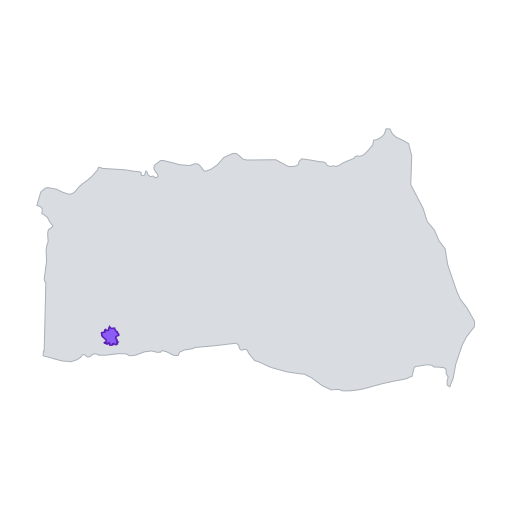 Wa Municipal, Upper West, Ghana (highlighted), rotated 272°
{"feature_id": "2480657B26357719954092", "entity_name": "Wa Municipal", "entity_type": "district", "adm_level": 2, "iso_a3": "GHA", "parent_name": "Ghana", "parent_adm1": "Upper West", "projection": "natural_earth1", "projection_center": [-2.475, 10.039], "detail": "fine", "context": "in_parent", "style": "filled", "palette": "violet", "viewbox_px": 512, "rotation_deg": 272, "n_neighbors": 0, "source": "geoboundaries", "source_scale": "gbopen_adm2", "svg_char_len": 5987}
<svg xmlns="http://www.w3.org/2000/svg" viewBox="0 0 512 512"><g transform="rotate(272 256 256)"><path d="M312.5,38.7L316.3,42.9L317.1,45.3L315.8,54.2L313.0,60.5L311.3,66.3L311.5,69.3L313.2,72.2L319.0,76.8L321.9,79.8L325.4,84.3L329.4,88.8L336.3,94.5L339.2,95.6L339.1,97.2L338.2,99.4L337.6,120.9L337.1,126.4L336.6,129.2L336.0,137.2L335.2,138.4L333.9,138.3L332.7,138.6L332.4,140.2L332.9,141.8L337.1,143.0L336.2,144.2L333.1,145.3L331.7,147.7L332.3,150.5L330.6,152.7L331.1,154.2L332.2,155.3L333.9,154.9L338.8,151.2L340.8,150.8L343.3,151.6L348.0,157.2L348.2,160.0L346.3,169.4L344.5,176.7L344.1,186.5L346.1,191.9L345.9,194.9L343.7,197.5L339.0,201.3L339.3,203.8L341.5,208.6L345.6,214.0L353.5,220.6L357.7,229.2L357.8,232.7L355.3,236.2L352.5,239.2L351.6,243.6L352.9,272.4L346.7,284.9L346.6,288.5L347.3,292.6L348.9,295.1L352.1,295.8L354.7,298.2L353.8,307.0L352.5,315.9L352.3,320.2L351.5,322.3L349.0,324.0L348.1,326.8L348.8,330.3L348.3,332.9L349.6,336.2L352.5,340.4L357.1,350.7L358.8,351.5L359.6,353.7L359.1,355.8L360.9,360.3L366.0,364.9L371.3,368.9L375.7,369.4L376.7,373.0L379.5,377.6L381.6,379.5L384.9,380.8L387.6,381.5L387.7,385.4L382.9,388.0L379.6,391.9L377.1,398.0L373.6,404.6L361.7,408.1L357.1,408.1L332.6,408.2L309.6,421.3L296.4,425.9L288.3,433.3L277.4,438.5L269.8,444.8L253.9,447.9L227.9,457.8L219.7,461.8L211.5,468.7L198.1,476.8L192.9,476.7L182.4,469.1L174.5,465.3L155.2,459.5L140.8,457.3L133.9,454.8L132.0,454.3L133.6,451.6L137.6,451.4L141.8,452.3L145.0,450.2L149.7,449.9L150.9,447.7L151.3,442.2L151.3,437.8L152.9,435.8L153.3,430.6L151.0,419.1L149.4,417.8L141.0,416.1L140.4,413.8L138.9,411.4L137.3,405.5L135.4,396.6L132.5,385.6L126.8,367.5L125.5,361.1L124.5,354.6L124.3,346.8L125.5,343.9L125.3,339.9L124.8,335.9L128.7,326.7L136.5,315.4L138.2,311.3L139.6,308.5L139.8,304.4L141.2,291.3L145.0,275.4L147.3,269.4L148.9,266.1L150.8,260.8L151.3,258.3L158.5,252.1L161.8,250.4L162.5,248.0L161.4,245.3L161.9,243.5L163.6,242.6L166.2,241.8L168.2,239.2L165.1,219.6L162.7,200.1L162.5,198.4L161.1,195.7L159.6,187.7L157.2,182.9L153.8,181.6L153.9,177.1L157.3,169.6L158.2,165.2L156.5,163.9L156.3,160.4L157.5,154.9L156.9,151.5L156.3,147.8L152.7,139.3L151.9,133.2L153.7,129.7L153.6,121.9L151.7,110.0L151.4,102.4L152.7,99.3L152.1,96.3L149.5,93.4L149.3,90.7L151.5,88.0L151.2,85.9L148.5,84.3L146.1,80.7L143.9,74.8L144.4,65.5L148.5,48.3L149.0,46.8L153.6,46.9L153.6,47.6L168.0,47.5L184.4,47.3L204.0,47.1L221.8,46.9L222.6,46.1L225.5,45.1L243.6,46.9L254.8,46.0L259.6,46.6L263.1,47.8L270.9,47.0L275.0,47.5L278.2,51.8L279.4,51.7L281.2,49.9L284.3,47.8L287.4,46.2L289.7,42.8L291.1,40.3L293.1,40.8L296.1,40.6L298.0,38.5L298.8,35.2L312.5,38.7Z" fill="#d9dde1" stroke="#a8b0b8" stroke-width="1"/><path d="M174.2,104.5L174.0,104.4L173.9,104.4L173.9,104.5L173.8,104.4L173.7,104.3L173.4,104.4L173.2,104.3L173.0,104.5L172.9,104.5L172.7,104.5L172.2,104.6L171.8,104.7L171.6,104.8L171.4,104.7L171.2,104.6L170.9,104.7L170.8,104.8L170.9,105.0L170.6,105.1L170.2,105.4L170.0,105.5L169.8,105.6L169.7,105.9L169.3,106.6L169.2,106.7L168.9,106.8L168.7,107.0L168.4,107.2L168.3,107.3L168.2,107.4L168.1,107.7L167.8,108.1L167.7,108.3L167.5,108.5L167.4,108.6L167.2,108.9L167.2,109.0L166.8,109.1L166.7,109.1L166.4,109.2L166.1,109.3L165.9,109.3L165.7,109.4L165.2,109.0L164.6,108.6L164.6,108.2L164.5,107.9L164.5,107.7L164.4,107.5L164.3,107.4L164.2,107.4L163.9,107.4L163.7,107.5L163.5,107.8L163.6,108.3L163.6,108.5L163.8,108.8L163.8,109.0L163.1,109.4L162.8,109.8L162.8,110.0L162.8,110.4L163.0,110.3L163.3,110.2L163.3,110.3L163.3,110.2L163.4,110.3L163.5,110.3L163.5,110.2L163.8,110.2L163.7,110.4L163.6,110.6L163.7,111.0L163.7,111.5L163.4,111.7L163.5,112.0L163.8,112.1L164.0,112.3L164.3,112.5L164.2,112.6L163.1,112.8L163.0,113.0L162.9,113.0L162.6,112.8L161.9,112.9L161.8,113.1L161.7,113.5L161.8,113.9L161.8,114.4L161.8,114.7L162.0,114.9L162.0,115.2L162.0,115.4L162.1,115.5L162.3,115.5L162.7,115.8L162.8,116.0L162.7,116.3L162.5,116.5L162.8,116.8L163.0,116.6L163.1,116.4L163.3,116.3L163.3,116.5L163.6,116.7L163.4,117.0L163.2,117.3L163.1,117.6L163.1,117.8L162.9,118.1L162.6,118.5L162.6,119.1L162.5,119.5L162.8,119.8L163.0,120.0L163.3,119.9L163.4,120.0L163.5,120.0L163.3,120.2L163.3,120.3L163.5,120.4L163.5,120.5L163.8,120.4L163.8,120.5L164.0,120.6L164.3,120.7L164.4,120.8L164.5,120.8L164.8,120.8L164.8,120.7L164.9,120.8L165.0,120.7L165.1,120.8L165.1,120.7L165.3,120.6L165.2,120.3L165.2,120.2L165.5,120.0L165.7,119.8L165.9,119.8L166.0,119.9L166.2,120.1L166.5,120.2L166.8,120.0L167.0,120.1L167.3,120.0L167.3,119.8L167.5,119.7L167.4,119.6L167.5,119.5L167.6,119.4L167.8,119.3L168.0,119.3L168.3,119.2L168.7,119.2L168.8,119.1L168.9,118.9L169.0,118.9L169.3,118.8L169.4,118.7L169.5,118.6L169.8,118.7L170.0,118.7L170.0,118.8L170.3,118.8L170.4,119.0L170.5,119.0L170.7,119.3L170.9,119.6L171.1,119.7L171.3,119.9L171.4,120.0L171.5,120.3L171.5,120.6L171.7,121.0L171.8,121.2L171.8,121.3L171.9,121.6L172.5,121.7L173.0,121.5L173.2,121.3L173.4,121.3L173.5,121.1L173.8,121.0L174.3,120.4L174.4,120.2L174.6,119.9L175.2,120.1L175.4,120.1L175.6,119.9L175.7,119.7L175.7,119.4L175.7,119.2L176.5,118.3L177.1,118.1L177.3,117.9L177.5,117.6L177.9,117.4L178.3,117.3L178.8,117.3L178.7,116.9L179.0,116.5L178.9,115.8L178.8,115.6L178.6,115.0L178.6,114.8L178.6,114.3L178.6,114.1L178.7,113.7L179.0,113.3L179.1,113.2L179.3,113.1L179.4,112.9L179.5,112.8L179.5,112.7L179.8,112.5L179.7,112.5L179.8,112.4L180.0,112.2L179.9,111.9L179.7,111.8L179.4,111.8L179.3,111.7L179.2,111.6L179.0,111.4L178.9,111.4L178.7,111.4L178.4,111.3L178.1,111.3L177.9,111.3L177.7,111.3L177.4,111.4L177.3,111.5L177.2,111.5L177.1,111.4L177.0,111.2L176.9,111.2L176.7,110.9L176.4,110.8L176.4,110.4L176.6,110.1L176.6,109.7L176.4,109.0L176.3,108.9L176.2,108.7L176.4,108.7L176.5,108.6L176.8,108.4L177.0,108.3L177.4,108.2L177.3,107.9L176.9,107.6L176.6,107.8L176.4,107.7L176.3,107.4L176.2,107.4L175.7,107.3L175.3,107.4L174.6,107.6L174.5,106.8L174.6,106.7L174.5,106.3L174.5,106.2L174.3,106.0L174.2,105.6L174.0,105.4L174.1,105.2L174.2,104.9L174.2,104.7L174.2,104.5Z" fill="#8b5cf6" stroke="#5b21b6" stroke-width="1.5"/></g></svg>